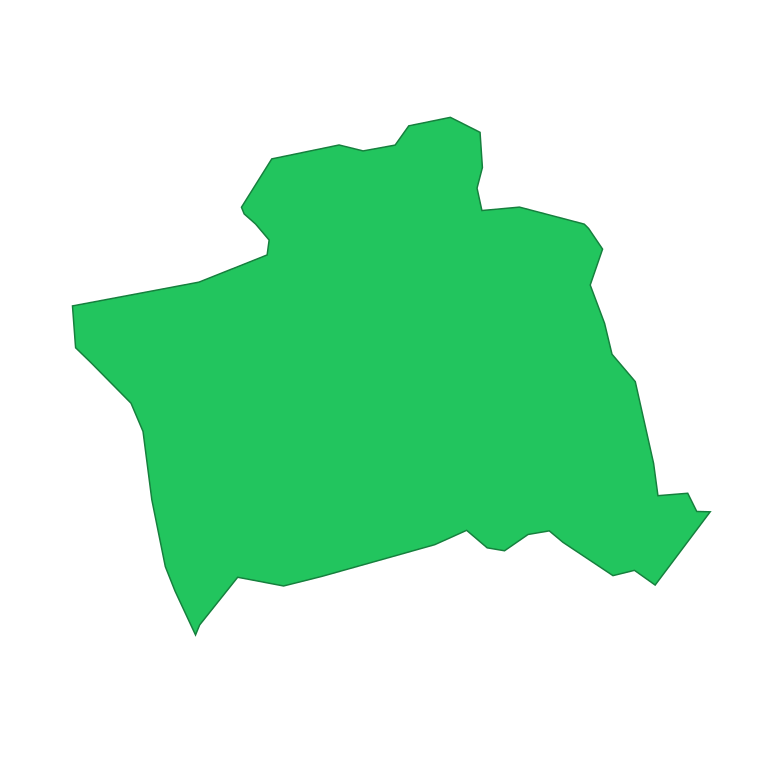 Kantché, Zinder, Niger (Natural Earth projection), rotated 259°
{"feature_id": "23599985B81952569357883", "entity_name": "Kantché", "entity_type": "district", "adm_level": 2, "iso_a3": "NER", "parent_name": "Niger", "parent_adm1": "Zinder", "projection": "natural_earth1", "projection_center": [8.524, 13.426], "detail": "fine", "context": "isolated", "style": "filled", "palette": "green", "viewbox_px": 768, "rotation_deg": 259, "n_neighbors": 0, "source": "geoboundaries", "source_scale": "gbopen_adm2", "svg_char_len": 828}
<svg xmlns="http://www.w3.org/2000/svg" viewBox="0 0 768 768"><g transform="rotate(259 384 384)"><path d="M134.9,611.8L196.3,679.8L199.2,666.7L218.8,661.3L222.1,631.6L254.6,633.5L338.4,631.1L369.7,613.5L401.4,612.1L441.8,605.3L474.7,624.3L497.7,614.5L502.7,611.1L531.8,550.7L535.6,513.2L558.5,512.7L577.7,521.9L612.7,526.3L633.1,500.0L632.7,457.6L616.4,440.5L616.8,407.9L627.2,385.5L626.4,316.8L584.7,277.8L577.6,279.2L565.5,288.5L547.2,298.7L533.0,293.9L519.3,221.7L520.1,93.1L482.1,88.6L478.4,88.2L460.9,100.4L413.4,132.0L383.4,138.4L314.7,134.0L246.4,134.5L220.5,139.4L173.6,151.1L177.1,153.4L182.7,157.1L222.2,203.5L204.9,246.9L207.0,286.2L216.6,403.2L224.6,437.2L203.5,454.0L197.3,470.5L208.8,496.7L208.3,518.2L194.4,529.5L152.2,572.2L153.3,594.3L134.9,611.8Z" fill="#22c55e" stroke="#15803d" stroke-width="1.5"/></g></svg>